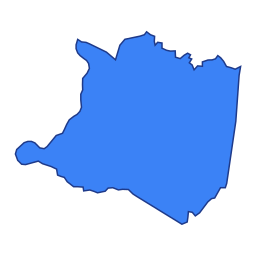 the district of Ibarama, Rio Grande do Sul, Brazil
{"feature_id": "56859067B60880352226675", "entity_name": "Ibarama", "entity_type": "district", "adm_level": 2, "iso_a3": "BRA", "parent_name": "Brazil", "parent_adm1": "Rio Grande do Sul", "projection": "mercator", "projection_center": [-53.186, -29.418], "detail": "fine", "context": "isolated", "style": "filled", "palette": "blue", "viewbox_px": 256, "rotation_deg": 0, "n_neighbors": 0, "source": "geoboundaries", "source_scale": "gbopen_adm2", "svg_char_len": 1435}
<svg xmlns="http://www.w3.org/2000/svg" viewBox="0 0 256 256"><path d="M181.9,224.2L187.2,222.0L187.9,217.1L188.4,211.6L192.3,212.3L195.3,215.9L199.6,212.8L207.8,201.9L211.6,198.6L214.7,198.0L220.5,187.7L225.3,187.7L226.7,183.4L235.8,121.4L239.1,75.4L240.6,66.5L235.2,69.2L231.0,67.7L226.5,66.5L223.6,61.3L220.7,57.8L217.8,55.6L215.5,58.8L212.1,59.9L208.0,60.0L202.4,61.9L202.4,66.3L197.6,65.9L194.1,69.8L192.1,64.9L189.3,62.8L191.7,59.0L188.8,57.8L190.5,54.8L187.6,53.2L184.2,55.2L180.2,58.6L175.5,57.2L175.2,50.9L170.4,51.1L166.6,50.3L162.0,48.2L162.0,43.0L157.7,42.3L155.1,45.2L154.3,41.4L154.6,36.3L150.4,34.7L146.6,31.8L144.4,34.7L140.2,36.1L124.9,39.3L119.9,45.2L115.5,59.8L106.4,52.1L89.4,43.8L86.1,42.4L81.5,41.9L77.7,39.4L76.1,44.8L76.1,48.7L77.7,52.9L80.1,55.6L83.8,58.5L86.6,60.5L88.6,63.5L89.4,68.4L87.1,73.2L82.7,78.4L82.5,84.6L82.7,89.9L80.8,94.2L80.8,99.9L81.5,107.3L79.9,111.4L77.1,114.4L73.7,116.4L69.3,119.8L66.7,124.4L64.3,129.7L62.5,133.3L56.2,135.5L47.1,146.6L44.2,148.7L39.8,147.9L34.9,142.9L31.4,141.4L27.9,141.4L24.1,142.7L16.7,149.5L15.4,154.0L17.7,160.3L21.6,164.2L25.5,164.6L38.3,161.1L42.5,163.7L51.1,166.5L56.6,169.1L57.6,175.1L60.9,176.4L64.3,177.4L67.2,181.7L73.6,186.7L77.5,186.7L83.1,187.1L83.7,190.9L89.8,190.0L94.1,191.4L97.5,192.8L105.2,191.2L108.1,188.1L112.8,187.7L118.4,189.9L122.6,189.3L128.4,189.5L133.0,194.0L136.4,196.2L181.9,224.2Z" fill="#3b82f6" stroke="#1e3a8a" stroke-width="1.5"/></svg>